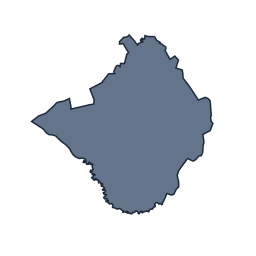 Bursari, Yobe, Nigeria (Natural Earth projection), rotated 67°
{"feature_id": "59680162B10627743467335", "entity_name": "Bursari", "entity_type": "district", "adm_level": 2, "iso_a3": "NGA", "parent_name": "Nigeria", "parent_adm1": "Yobe", "projection": "natural_earth1", "projection_center": [11.571, 12.686], "detail": "fine", "context": "isolated", "style": "filled", "palette": "slate", "viewbox_px": 256, "rotation_deg": 67, "n_neighbors": 0, "source": "geoboundaries", "source_scale": "gbopen_adm2", "svg_char_len": 5823}
<svg xmlns="http://www.w3.org/2000/svg" viewBox="0 0 256 256"><g transform="rotate(67 128 128)"><path d="M103.3,203.2L104.3,201.1L105.8,199.1L107.3,197.5L110.7,196.2L114.4,194.6L118.9,191.9L124.4,189.8L127.2,189.7L131.3,188.9L134.0,187.6L136.9,185.0L137.8,182.0L138.4,181.1L139.7,179.7L141.2,179.3L141.5,179.5L141.5,180.0L141.2,180.3L140.8,180.6L140.9,181.6L141.3,182.1L142.0,182.6L142.3,182.6L142.7,182.1L142.7,181.7L142.4,180.9L142.1,180.7L142.2,180.2L142.9,179.8L143.2,180.0L143.4,180.2L143.8,179.9L144.3,180.0L144.7,180.3L145.1,180.1L144.9,179.6L145.0,179.3L145.2,179.2L145.8,179.2L145.9,177.9L145.5,177.8L145.2,177.9L144.8,177.8L144.7,177.7L144.3,177.5L144.2,177.1L144.2,176.9L144.3,176.8L144.6,176.7L145.6,177.2L146.0,177.0L146.2,176.7L146.6,176.8L146.9,176.6L147.1,176.4L147.1,176.2L147.0,175.7L146.8,175.5L146.7,175.2L146.9,175.2L147.0,175.5L147.3,175.6L148.0,174.7L148.5,175.5L148.9,175.8L150.7,176.3L152.2,176.3L152.6,176.5L152.8,177.4L153.0,177.5L153.5,177.5L153.5,177.8L152.9,178.3L152.3,178.6L152.2,178.8L152.6,179.1L152.9,179.2L153.3,179.0L153.6,179.2L153.7,179.5L153.5,179.9L153.7,180.0L154.0,179.9L155.1,178.9L155.4,178.7L155.9,178.8L156.5,179.1L156.8,179.1L157.0,178.9L157.1,178.3L157.1,178.1L156.8,177.7L156.8,177.3L157.4,177.0L157.8,176.6L158.4,176.7L158.6,176.9L158.6,177.3L158.2,178.1L158.2,178.4L158.4,178.6L159.2,178.9L159.4,179.1L159.6,179.7L159.6,179.9L159.3,180.1L159.3,180.6L159.8,180.9L160.3,180.3L161.4,180.2L162.4,179.7L162.7,179.6L162.9,179.5L162.9,179.3L162.8,179.1L162.8,178.5L162.4,178.2L161.9,178.2L161.9,177.5L162.0,177.3L162.7,177.1L163.3,177.3L163.4,177.1L163.6,176.3L163.7,176.1L164.0,176.1L164.5,176.3L164.8,176.2L165.2,175.9L165.4,175.4L165.9,175.0L166.3,175.1L166.6,175.4L166.4,176.0L166.5,176.3L166.7,176.5L167.0,176.5L167.1,176.2L167.0,175.5L167.3,175.3L167.5,175.0L168.3,174.8L168.7,174.9L169.4,174.7L169.5,174.5L169.1,174.2L168.9,173.8L168.9,173.6L169.0,173.6L169.4,173.6L169.9,173.4L170.2,173.4L170.4,173.7L170.5,173.9L170.3,174.5L170.6,174.7L170.6,175.0L170.8,175.2L171.1,175.3L171.3,175.0L171.3,174.7L171.1,174.5L171.4,174.3L174.0,173.1L174.5,173.2L174.8,173.6L174.7,174.3L174.5,174.5L174.4,174.8L174.6,175.4L174.9,175.7L175.2,175.6L175.7,175.1L176.4,173.3L176.9,173.1L177.1,173.2L177.4,173.7L177.9,174.1L178.1,174.3L178.2,175.0L177.8,175.9L178.0,176.2L178.8,176.1L179.9,175.8L180.3,175.3L180.6,174.1L180.9,173.8L181.2,174.0L181.3,174.2L181.4,174.6L181.3,175.2L181.4,175.4L182.2,176.1L182.2,177.3L182.5,177.5L183.0,177.5L183.9,177.2L184.3,177.0L184.6,176.4L184.6,175.4L184.8,175.0L185.2,174.9L186.2,175.5L186.8,175.2L187.2,174.6L187.5,174.6L187.8,174.9L187.7,175.5L187.0,175.5L186.8,175.6L186.7,175.7L186.7,176.1L186.9,176.4L187.0,176.6L186.8,176.7L186.6,176.6L186.5,176.9L186.5,177.0L186.9,177.0L187.5,176.6L187.9,176.0L189.0,175.5L189.6,175.0L190.2,175.0L190.6,174.8L190.9,174.4L190.8,173.5L191.2,172.6L191.6,172.3L192.1,172.4L193.0,171.7L193.6,172.0L194.1,172.7L194.7,173.2L195.1,173.2L195.9,172.3L196.2,171.7L196.5,171.3L196.9,170.9L198.1,170.2L198.4,169.0L198.8,168.3L198.7,167.6L198.8,167.2L199.5,166.6L199.8,166.3L201.0,166.0L202.0,164.9L202.4,164.7L202.7,164.9L203.2,165.7L203.3,165.8L203.6,165.4L203.8,165.2L203.8,164.7L203.6,164.3L204.1,163.5L204.5,163.2L204.7,162.5L204.7,162.1L204.3,161.4L204.6,161.2L205.0,161.7L205.5,162.1L206.0,162.0L206.1,161.6L205.9,161.3L205.8,160.7L206.4,160.8L206.9,160.3L207.2,160.1L207.5,159.7L207.3,159.3L207.5,158.9L208.2,158.5L208.4,158.4L208.4,157.7L208.1,157.1L207.6,156.5L207.5,156.3L207.8,155.9L208.1,155.8L208.0,155.1L208.0,154.2L207.9,153.9L207.4,153.5L207.5,153.3L207.8,153.0L208.0,152.1L209.6,151.6L210.5,152.0L211.0,151.8L211.2,151.0L210.9,150.5L209.9,149.3L209.7,148.9L209.7,148.3L209.9,148.1L211.2,148.2L211.6,148.1L211.7,147.9L211.6,147.6L211.0,146.8L211.1,146.3L211.5,146.1L211.4,145.3L211.6,144.8L211.6,144.0L212.3,142.6L212.3,141.9L212.5,141.9L212.9,142.0L213.2,141.7L213.1,141.4L212.4,141.1L212.2,140.7L211.9,140.4L211.8,139.9L211.5,139.6L211.5,138.8L211.9,138.1L212.2,137.2L211.3,135.9L211.0,134.3L210.7,133.5L210.4,133.3L210.0,133.2L209.8,133.3L209.5,133.7L209.3,133.8L208.2,132.5L207.8,131.6L207.7,131.1L208.7,129.5L209.1,129.4L209.6,129.6L210.0,129.4L210.0,129.1L210.2,128.4L210.8,127.0L211.0,126.9L211.6,127.0L211.7,126.9L211.7,126.2L211.3,126.0L211.0,126.2L210.5,126.0L210.0,125.4L210.2,124.9L206.6,121.0L203.5,117.8L206.4,114.6L207.0,112.9L206.8,111.5L203.1,107.3L202.0,104.3L197.2,102.4L191.0,101.3L187.4,98.4L185.6,95.7L179.3,85.0L182.0,82.8L183.3,81.6L184.0,80.6L183.5,77.9L181.4,73.6L182.2,71.6L179.7,68.8L173.6,65.7L170.8,63.6L163.2,61.6L162.5,53.4L157.0,48.1L154.5,48.8L151.0,48.1L148.9,46.4L135.2,41.8L132.2,42.8L129.9,45.1L129.8,52.3L113.8,55.2L103.7,57.8L99.4,56.3L95.8,55.4L91.5,60.5L85.2,55.0L80.1,56.8L81.2,62.5L71.1,63.6L70.0,62.2L68.2,61.6L63.8,64.3L63.0,65.5L62.4,65.8L61.9,65.4L61.7,64.9L58.7,67.3L55.1,67.7L54.0,68.4L52.1,72.7L51.3,74.2L49.6,76.3L50.6,76.6L51.1,77.1L51.2,77.4L52.1,77.6L52.5,77.9L52.7,78.1L52.1,79.6L51.7,79.3L51.1,79.7L50.8,80.2L51.1,80.7L51.2,80.4L51.8,80.9L52.1,81.4L52.1,82.2L52.7,82.4L52.9,82.3L52.7,81.3L52.9,80.9L53.7,80.9L53.9,80.8L54.0,80.5L54.6,80.8L54.4,81.5L54.5,83.5L54.2,84.6L54.3,85.2L54.6,85.7L55.4,86.5L55.5,86.7L55.4,86.9L54.3,86.8L53.1,87.5L52.9,87.7L51.1,87.8L42.8,90.6L43.3,91.5L43.6,92.5L43.7,93.7L43.6,94.5L43.2,95.2L43.0,96.1L42.8,96.4L45.2,102.1L47.5,103.0L48.4,99.5L59.0,98.1L59.6,100.3L67.2,106.0L65.7,109.7L68.3,111.3L67.6,111.6L66.7,112.5L66.2,113.6L66.4,114.4L67.1,115.2L67.4,115.9L70.1,118.5L70.2,118.9L71.8,119.2L72.6,118.9L70.6,124.7L74.6,131.9L75.1,133.3L76.0,133.7L77.1,147.8L89.1,148.2L92.6,150.3L91.6,154.2L88.3,173.2L86.8,172.4L77.9,170.4L78.2,176.2L76.8,182.8L77.2,184.7L78.4,187.0L82.3,198.0L82.0,205.6L84.3,214.2L95.0,206.9L97.3,205.9L98.7,205.6L101.2,204.7L103.3,203.2Z" fill="#64748b" stroke="#1e293b" stroke-width="1.5"/></g></svg>